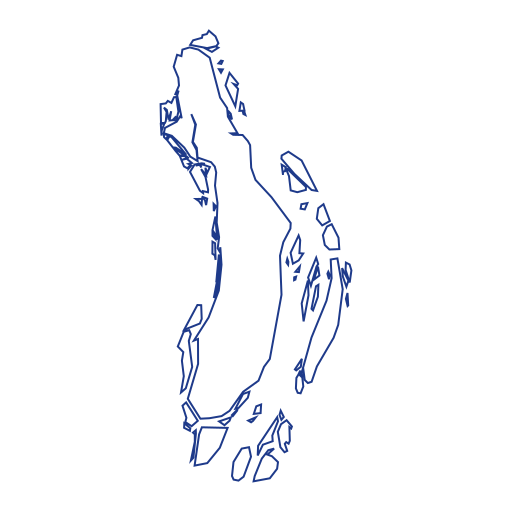 Bhola, Barisal, Bangladesh (Natural Earth projection)
{"feature_id": "16705992B37732832620169", "entity_name": "Bhola", "entity_type": "district", "adm_level": 2, "iso_a3": "BGD", "parent_name": "Bangladesh", "parent_adm1": "Barisal", "projection": "natural_earth1", "projection_center": [90.703, 22.35], "detail": "fine", "context": "isolated", "style": "outline", "palette": "blue", "viewbox_px": 512, "rotation_deg": 0, "n_neighbors": 0, "source": "geoboundaries", "source_scale": "gbopen_adm2", "svg_char_len": 6126}
<svg xmlns="http://www.w3.org/2000/svg" viewBox="0 0 512 512"><path d="M175.3,94.2L177.0,94.8L177.1,93.1L178.6,90.6L177.2,95.5L181.7,118.3L180.6,115.6L176.7,121.7L165.0,127.9L163.8,133.2L171.8,135.8L184.3,147.6L190.3,156.6L197.6,161.1L196.5,150.0L192.4,142.3L195.3,124.7L191.3,114.1L195.9,124.5L192.9,141.9L196.8,147.8L197.5,157.5L211.1,162.2L214.8,166.6L216.2,172.5L215.0,185.6L217.5,203.0L216.7,222.6L219.1,237.2L217.7,248.3L219.8,251.9L220.3,247.2L221.5,264.7L218.8,290.6L208.6,317.5L193.9,340.6L198.0,339.0L198.1,363.9L187.8,398.8L200.4,418.7L209.6,418.2L221.6,416.1L229.6,410.8L243.1,391.8L258.5,380.7L264.0,366.8L269.8,359.0L281.5,294.8L280.0,255.7L283.3,242.2L290.4,228.6L290.7,223.0L271.5,197.2L255.5,179.9L251.2,167.8L250.1,145.1L247.8,141.0L242.6,135.0L233.2,134.8L231.0,133.4L237.5,133.2L227.9,116.7L227.1,108.0L220.1,97.6L209.7,57.7L198.4,49.6L189.7,47.4L182.4,49.6L181.4,56.1L177.1,54.8L173.7,66.7L178.3,77.8L179.0,85.5L175.3,94.2ZM342.7,289.2L337.4,258.4L330.7,259.5L331.6,278.2L326.5,300.7L311.5,337.5L302.2,370.8L302.1,373.2L303.5,370.6L304.7,379.9L307.8,383.0L311.6,381.8L316.9,366.4L333.6,337.8L338.2,324.9L342.7,289.2ZM227.6,427.9L201.9,427.3L199.1,434.4L194.6,465.6L207.3,463.1L219.8,447.8L227.6,427.9ZM317.0,190.9L301.6,160.5L288.4,151.7L281.7,155.5L281.4,158.7L294.4,173.9L311.6,190.0L317.0,190.9ZM181.0,392.5L185.8,388.3L192.2,366.9L188.8,340.9L190.8,334.1L189.2,330.2L183.7,331.8L177.8,346.5L183.3,352.1L181.9,360.7L183.8,376.2L181.0,392.5ZM253.6,481.3L269.8,478.3L277.1,468.8L278.0,462.1L271.9,456.2L267.4,454.6L274.1,448.6L268.3,450.2L261.8,458.6L254.7,476.1L253.6,481.3ZM238.5,480.6L243.6,476.7L251.0,456.7L249.0,447.2L241.7,448.6L233.5,462.0L232.0,476.0L233.6,479.6L238.5,480.6ZM205.0,163.8L201.7,163.3L194.6,164.5L190.0,171.9L199.9,190.7L203.1,193.1L203.0,191.1L208.0,192.3L208.1,189.6L205.5,177.0L201.1,169.1L206.1,175.0L205.4,167.7L207.2,172.8L209.9,167.0L203.0,164.6L200.3,164.7L201.3,167.5L199.7,164.8L195.7,165.6L199.7,164.1L205.0,163.8ZM338.5,237.7L331.7,224.2L326.9,226.6L322.9,235.2L324.8,245.0L329.4,249.5L339.3,249.1L338.5,237.7ZM161.0,123.0L164.9,123.0L165.8,121.1L166.6,112.0L164.0,107.6L166.8,109.9L168.6,119.6L171.2,111.2L169.6,120.5L172.5,120.2L176.2,116.3L173.4,120.2L176.3,120.3L178.4,111.6L176.3,97.0L174.0,97.2L171.4,102.9L167.8,100.9L165.8,103.4L160.6,104.1L161.0,123.0ZM291.9,426.5L286.6,420.2L281.0,424.2L277.8,431.8L280.4,447.2L284.5,452.2L287.2,450.9L284.8,443.8L286.2,442.1L288.6,443.7L289.8,440.8L289.4,427.1L291.2,428.5L291.9,426.5ZM190.2,44.9L207.1,48.1L216.3,46.1L218.4,43.3L215.5,36.4L208.9,30.7L206.8,34.1L202.5,35.1L202.0,37.8L193.1,40.3L190.2,44.9ZM238.1,83.6L229.5,72.9L225.5,85.4L235.3,106.3L238.1,88.9L233.7,84.0L237.2,85.2L238.1,83.6ZM184.1,329.8L199.9,323.5L201.7,318.9L201.2,305.2L197.4,305.0L184.1,329.8ZM305.9,186.9L287.3,168.8L285.9,168.6L289.0,176.1L290.7,190.4L297.3,192.2L305.9,189.9L305.9,186.9ZM272.7,441.2L272.3,435.6L278.0,421.3L277.2,417.2L258.1,445.8L257.7,455.5L262.9,444.7L272.7,441.2ZM185.3,422.0L191.6,426.2L197.8,420.8L186.1,402.4L182.5,405.7L186.4,417.8L185.3,422.0ZM303.2,253.5L299.4,253.2L300.2,240.1L298.6,235.5L290.6,252.8L292.9,263.7L298.7,260.4L303.2,253.5ZM323.5,204.2L318.3,208.2L316.8,218.8L322.2,225.4L329.9,221.0L323.5,204.2ZM303.6,321.4L308.5,295.3L307.9,280.5L301.7,303.4L303.6,321.4ZM310.9,285.8L316.5,266.6L318.2,264.0L316.2,257.7L308.1,277.5L310.9,285.8ZM300.6,393.3L303.3,386.5L302.3,377.5L298.7,374.1L296.4,377.9L295.9,388.4L297.7,392.8L300.6,393.3ZM238.6,407.9L247.8,397.8L249.4,391.7L243.0,394.0L235.4,408.7L238.6,407.9ZM167.2,140.2L172.8,147.4L175.9,147.7L186.3,154.8L171.2,136.7L169.1,136.8L167.2,140.2ZM184.0,166.4L187.3,168.3L189.1,166.5L188.8,168.4L191.4,165.5L188.5,163.9L191.9,163.0L186.7,158.7L182.4,159.7L186.5,158.2L185.3,157.1L188.7,158.3L186.4,156.2L179.8,155.9L184.0,166.4ZM313.0,310.4L317.9,296.7L318.4,284.8L316.0,286.3L311.5,308.8L313.0,310.4ZM349.7,282.5L351.4,270.4L349.6,264.5L345.9,262.6L345.6,270.0L349.7,282.5ZM346.4,286.7L348.4,280.6L342.1,268.1L342.8,276.4L346.4,286.7ZM253.8,413.9L260.6,413.1L261.1,404.5L256.3,406.3L253.8,413.9ZM212.5,230.1L215.1,234.1L217.2,239.8L215.4,216.5L212.5,230.1ZM212.4,253.7L214.8,255.3L215.6,259.9L215.1,243.2L212.5,241.7L212.4,253.7ZM217.6,282.6L219.6,265.5L218.9,254.5L216.3,281.8L217.6,282.6ZM224.5,425.2L229.6,420.7L230.8,417.4L219.1,421.4L224.5,425.2ZM300.6,208.7L304.8,209.4L307.4,203.1L301.4,204.2L300.6,208.7ZM218.3,47.7L215.6,46.4L206.0,48.8L211.9,51.9L218.3,47.7ZM313.9,279.7L319.4,275.5L318.0,266.6L313.9,279.7ZM194.8,441.8L190.9,460.5L193.4,457.7L195.9,433.7L195.8,430.2L193.0,432.6L194.8,434.3L194.8,441.8ZM244.5,110.6L243.1,104.0L240.8,102.4L239.4,110.9L244.5,110.6ZM296.2,370.4L300.8,366.8L301.9,358.8L294.9,369.4L296.2,370.4ZM179.5,155.5L184.8,155.3L173.1,147.7L175.6,151.0L179.5,155.5ZM189.9,430.8L190.3,428.3L184.3,423.3L184.1,427.8L189.9,430.8ZM285.0,171.2L285.8,167.2L281.7,164.7L283.0,174.9L282.9,171.7L285.0,171.2ZM201.6,204.9L202.0,198.9L195.9,199.0L199.0,201.2L201.6,204.9ZM281.4,419.8L283.8,417.0L280.7,410.7L279.5,414.9L281.4,419.8ZM251.1,422.3L253.0,420.9L255.7,417.4L248.2,420.6L251.1,422.3ZM161.5,135.6L161.7,130.5L164.3,123.7L160.8,123.8L161.5,135.6ZM213.8,297.9L216.8,292.1L217.5,283.6L216.5,283.9L213.8,297.9ZM347.5,293.0L345.9,298.9L347.6,306.0L348.2,305.4L347.5,293.0ZM298.9,272.1L299.8,266.5L295.4,271.8L298.9,272.1ZM166.2,139.2L168.1,135.2L163.7,134.1L164.1,137.2L166.2,139.2ZM206.1,205.1L207.2,198.6L201.8,196.6L205.0,200.3L206.1,205.1ZM215.2,238.8L214.2,233.2L212.5,231.8L212.5,235.9L215.2,238.8ZM232.0,119.4L230.7,113.7L229.0,111.8L228.2,114.4L232.0,119.4ZM329.0,279.2L329.7,274.9L328.3,271.7L327.4,273.7L329.0,279.2ZM222.8,69.4L218.9,69.2L221.0,72.7L222.8,69.4ZM213.8,211.1L215.9,206.2L213.6,203.8L213.8,211.1ZM222.7,61.0L221.0,60.6L218.5,63.4L221.3,63.9L222.7,61.0ZM288.1,264.8L288.4,261.9L287.3,258.8L286.4,262.4L288.1,264.8ZM294.1,280.2L295.4,279.6L296.1,276.6L294.2,277.3L294.1,280.2ZM232.8,416.1L237.1,410.7L237.4,409.6L231.9,415.1L232.8,416.1ZM245.4,115.0L244.6,112.6L243.0,112.4L243.4,114.0L245.4,115.0ZM302.4,375.5L300.6,371.4L299.9,371.3L298.9,373.5L302.4,375.5Z" fill="none" stroke="#1e3a8a" stroke-width="2"/></svg>